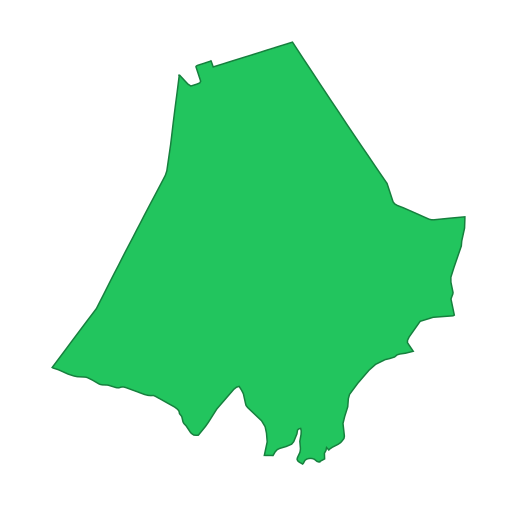 the border of Al-Anbar, rotated 86°
{"feature_id": "IRQ-3471", "entity_name": "Al-Anbar", "entity_type": "Province", "adm_level": 1, "iso_a3": "IRQ", "parent_name": "Iraq", "parent_adm1": "", "projection": "albers", "projection_center": [42.195, 32.855], "detail": "fine", "context": "isolated", "style": "filled", "palette": "green", "viewbox_px": 512, "rotation_deg": 86, "n_neighbors": 0, "source": "natural_earth", "source_scale": "10m", "svg_char_len": 2890}
<svg xmlns="http://www.w3.org/2000/svg" viewBox="0 0 512 512"><g transform="rotate(86 256 256)"><path d="M138.4,333.3L132.2,332.1L116.9,329.2L101.7,326.2L86.4,323.1L71.2,320.1L70.9,320.1L70.7,320.2L70.5,320.3L70.3,320.3L70.3,319.6L79.8,311.9L81.9,309.1L80.4,302.9L79.4,300.0L77.8,299.0L63.0,302.7L62.3,302.2L61.7,300.8L58.4,287.5L58.3,287.4L58.2,287.3L58.3,287.2L64.4,285.5L59.8,266.2L56.6,252.6L53.5,239.5L51.1,229.7L48.3,217.9L45.2,204.7L53.8,199.9L62.4,195.1L71.0,190.2L79.5,185.4L88.1,180.6L96.7,175.7L105.2,170.9L113.7,166.0L122.3,161.1L130.8,156.3L139.3,151.4L147.8,146.5L153.3,143.3L156.2,141.6L164.7,136.6L173.2,131.7L181.6,126.8L192.8,120.2L211.5,115.5L213.7,114.0L215.4,111.6L218.2,105.6L231.4,80.7L232.1,78.4L232.3,76.0L231.8,60.0L231.5,44.9L233.1,45.0L242.7,46.0L255.3,49.7L260.4,50.5L280.9,59.2L290.8,63.1L295.7,63.4L306.2,62.0L307.6,62.3L310.2,63.5L312.5,64.5L328.8,62.3L329.4,63.6L329.5,83.6L332.6,96.8L347.3,108.8L350.6,110.7L353.0,111.0L362.0,105.8L363.4,113.6L363.8,119.3L364.4,122.0L366.4,124.8L367.6,129.7L368.4,134.5L372.4,144.2L377.7,151.1L390.0,163.3L400.5,172.3L404.6,173.8L412.8,175.0L422.2,178.7L429.1,180.9L441.9,180.4L444.2,181.0L446.9,183.4L448.1,184.7L449.6,187.3L452.1,193.2L453.8,196.1L454.6,196.9L452.0,199.0L454.9,199.8L457.5,201.5L463.2,201.7L465.5,206.8L465.8,206.7L465.9,207.1L465.9,207.6L465.2,209.4L462.8,212.0L462.0,213.9L461.7,215.6L461.7,217.5L462.1,219.4L462.9,221.0L463.8,221.8L465.9,223.1L466.8,224.0L464.6,227.3L463.2,228.7L461.6,229.2L460.0,228.7L455.0,225.9L453.1,225.4L451.2,225.1L443.9,225.2L437.1,223.5L433.6,223.1L431.1,223.5L431.5,225.5L432.5,226.7L436.3,227.6L443.8,231.3L446.2,233.6L448.1,239.0L449.6,245.8L450.6,248.3L452.8,250.6L456.2,252.9L455.5,261.6L442.2,257.8L433.4,257.9L426.9,258.8L420.8,261.9L406.6,274.9L404.5,276.3L403.7,276.5L402.0,276.8L392.6,278.2L389.0,279.7L384.9,281.9L385.5,284.6L387.4,287.4L405.8,305.7L418.7,315.2L422.5,318.3L430.7,326.0L430.7,327.8L430.3,330.5L429.0,332.2L427.7,333.5L420.5,337.6L418.5,339.3L417.5,339.9L416.3,340.4L411.3,341.2L410.4,341.6L408.1,343.2L407.5,343.4L405.9,343.5L404.6,344.1L403.2,345.2L401.0,347.7L389.1,365.9L388.0,367.9L387.9,370.8L387.5,373.4L386.4,376.8L378.3,394.7L377.5,396.9L377.3,398.5L377.4,399.7L377.5,400.5L377.8,401.1L377.9,402.5L377.6,404.5L374.5,412.6L374.3,413.8L373.8,418.3L373.3,420.2L372.7,421.5L368.4,427.8L365.7,432.4L365.1,433.8L364.9,434.7L363.9,442.8L363.0,446.0L360.7,451.7L355.6,461.2L353.6,466.2L353.0,467.1L351.5,465.8L344.0,459.3L336.5,452.8L329.0,446.4L322.3,440.6L315.7,434.9L309.0,429.1L302.4,423.3L297.2,418.8L290.2,414.6L283.4,410.5L276.5,406.4L269.6,402.3L262.8,398.2L256.0,394.0L249.1,389.9L242.3,385.8L235.5,381.6L228.7,377.4L221.9,373.3L215.1,369.1L208.3,365.0L201.5,360.8L194.7,356.6L188.0,352.4L181.2,348.2L173.3,343.3L169.0,340.7L164.8,339.0L138.5,333.3L138.4,333.3L138.4,333.3Z" fill="#22c55e" stroke="#15803d" stroke-width="1.5"/></g></svg>